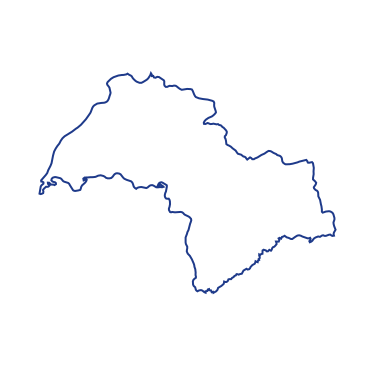 outline of São Romão, Minas Gerais, Brazil, rotated 221°
{"feature_id": "56859067B60763399870465", "entity_name": "São Romão", "entity_type": "district", "adm_level": 2, "iso_a3": "BRA", "parent_name": "Brazil", "parent_adm1": "Minas Gerais", "projection": "robinson", "projection_center": [-45.402, -16.354], "detail": "fine", "context": "isolated", "style": "outline", "palette": "blue", "viewbox_px": 384, "rotation_deg": 221, "n_neighbors": 0, "source": "geoboundaries", "source_scale": "gbopen_adm2", "svg_char_len": 6060}
<svg xmlns="http://www.w3.org/2000/svg" viewBox="0 0 384 384"><g transform="rotate(221 192 192)"><path d="M312.6,101.0L311.5,101.7L310.4,101.8L309.6,100.8L310.0,98.1L309.7,96.8L306.0,90.7L304.9,91.1L304.2,92.1L303.6,93.5L304.4,94.8L305.8,95.8L305.9,97.6L305.6,100.2L304.6,101.0L303.9,101.9L303.8,103.6L306.1,103.7L306.9,104.5L305.8,105.3L303.5,105.1L302.5,105.7L301.6,106.6L300.3,107.0L299.8,108.6L300.5,109.4L301.6,109.5L304.2,108.3L305.9,108.6L306.6,110.1L306.4,111.6L305.6,112.9L304.7,113.8L300.7,115.9L299.4,116.2L296.5,115.7L295.3,115.9L291.4,117.6L290.1,117.6L288.5,117.0L282.9,115.3L281.7,115.6L280.8,116.2L278.9,118.5L277.7,120.3L278.2,121.7L278.9,123.0L279.3,124.8L278.9,128.1L278.8,129.3L279.0,130.9L279.5,132.2L280.6,132.5L280.8,131.1L281.4,129.7L282.8,130.8L282.5,132.5L280.3,134.5L278.8,136.1L276.3,138.4L274.7,140.2L273.5,142.8L271.9,144.7L269.3,146.0L267.8,146.3L266.2,146.3L264.6,147.0L263.3,148.1L262.1,149.7L261.9,151.7L262.1,153.2L262.1,154.7L261.5,156.3L260.7,157.1L259.1,158.1L257.5,158.5L253.5,157.7L251.8,157.6L249.3,158.3L245.0,160.1L243.3,160.0L241.8,159.3L239.4,157.8L237.7,157.6L236.2,157.8L236.0,159.2L235.3,160.5L234.4,161.6L233.4,162.6L229.1,165.0L228.5,166.2L228.1,168.9L227.5,170.1L226.5,171.1L225.2,171.6L222.1,172.1L220.7,173.2L219.9,174.2L218.7,175.3L217.7,175.9L216.9,177.2L218.0,177.3L220.7,176.9L220.9,175.4L222.0,174.3L222.5,175.9L222.6,177.6L221.6,179.2L220.5,179.7L216.4,180.4L215.4,180.5L214.4,179.4L212.0,175.3L211.5,173.7L210.8,172.3L210.0,171.2L208.6,170.3L207.2,170.1L206.2,170.7L205.2,171.7L203.8,171.3L202.6,170.5L200.6,168.4L199.2,166.0L198.6,164.4L197.6,163.3L195.4,162.5L194.5,162.9L193.9,163.9L191.5,165.5L187.4,169.6L185.9,170.3L184.4,170.3L183.5,170.1L182.3,170.2L178.7,171.2L177.3,171.4L175.1,171.1L174.0,170.2L173.1,168.2L172.6,166.8L169.7,161.0L169.1,158.6L168.4,157.3L167.0,153.5L163.7,149.7L162.4,148.7L159.7,147.6L158.6,146.3L157.9,145.0L156.9,143.7L154.8,142.7L151.7,142.4L147.9,141.1L143.7,139.1L142.4,138.3L141.0,137.1L138.9,135.9L136.5,133.7L134.8,131.6L133.6,130.8L132.8,129.8L133.2,128.2L133.3,126.7L132.7,125.1L130.4,122.8L129.0,122.2L127.1,122.2L124.9,120.7L123.7,120.5L122.7,120.7L122.3,122.0L121.3,123.4L120.4,124.1L119.4,124.4L116.9,124.5L115.7,124.9L116.6,126.0L115.6,127.2L116.1,128.9L115.5,129.9L114.6,129.1L113.2,130.2L111.4,129.3L110.7,130.5L109.7,129.9L108.6,133.0L108.6,134.9L109.4,136.8L108.2,140.4L107.8,143.3L108.2,144.3L109.0,145.5L107.7,146.0L106.9,146.8L106.6,148.2L107.2,150.0L106.4,151.0L105.3,151.9L105.4,153.6L104.8,155.0L104.9,156.5L104.2,157.8L104.5,159.2L103.6,159.9L102.6,160.2L101.9,161.6L100.8,163.0L101.6,166.5L100.5,169.8L99.1,170.0L98.2,171.3L98.2,172.5L98.6,173.8L98.5,176.5L97.6,179.0L98.0,180.3L98.6,181.4L97.6,181.6L96.4,182.1L97.1,183.2L96.7,184.7L97.7,185.0L97.5,186.3L98.2,187.4L99.6,188.1L100.3,189.0L99.2,189.2L99.1,190.6L98.3,191.6L100.4,194.2L100.1,195.4L97.9,196.4L96.7,196.2L95.8,197.0L95.7,199.1L93.9,199.5L94.0,200.8L94.6,202.1L94.7,203.4L94.0,204.7L93.9,206.5L94.0,208.2L94.9,209.0L96.1,209.7L94.0,211.5L94.6,213.2L96.2,213.8L95.8,214.9L94.1,215.3L94.6,217.1L93.8,218.4L93.4,219.7L90.8,219.9L88.9,220.8L86.6,221.4L85.5,222.3L84.8,225.3L84.1,227.7L83.5,228.8L82.6,229.7L81.2,230.4L79.5,230.8L74.3,232.9L73.5,233.6L72.8,234.9L71.8,234.5L71.3,233.3L71.2,231.9L70.1,231.4L69.4,232.9L69.2,234.3L69.4,235.6L69.4,237.2L68.9,238.8L67.6,241.2L66.0,242.1L65.3,244.5L64.6,245.4L63.3,245.8L62.2,246.7L60.6,249.6L59.7,250.6L58.7,250.6L57.3,250.9L56.2,252.2L57.5,253.1L58.3,254.5L58.9,257.7L62.3,259.5L64.2,260.8L65.3,261.9L66.4,264.6L67.4,265.8L70.6,267.9L72.0,268.4L73.3,268.4L74.7,268.1L76.0,267.4L78.1,265.1L79.8,262.2L81.0,262.3L82.6,264.1L85.0,266.2L86.5,267.2L90.2,270.1L93.8,271.6L96.3,274.2L97.3,274.8L98.5,275.0L100.0,274.6L102.2,274.8L103.2,275.5L103.6,278.9L104.3,280.4L105.9,280.8L108.9,280.9L110.0,282.2L111.9,285.3L113.8,287.3L115.9,290.1L119.6,293.1L121.0,293.3L122.9,290.8L123.9,290.2L125.2,290.9L126.8,291.2L130.9,285.4L131.8,283.6L134.7,279.3L136.5,277.1L139.4,274.4L140.5,274.0L142.6,273.9L144.1,274.5L146.2,276.3L147.2,276.8L148.4,277.0L149.5,276.9L151.9,275.8L153.2,275.9L156.1,275.0L158.8,274.6L160.0,274.1L161.2,273.2L161.8,271.4L162.5,268.5L163.9,265.5L165.2,261.2L165.8,259.9L166.4,258.8L166.8,257.4L168.0,256.3L169.5,256.5L170.9,256.2L171.6,252.7L173.0,252.9L174.3,253.3L175.5,253.1L176.5,252.5L179.4,252.4L182.4,251.0L183.7,251.2L186.3,251.9L190.0,251.6L192.4,251.7L194.5,251.3L196.0,250.8L197.5,250.7L200.0,253.0L201.6,254.1L203.0,254.6L203.8,255.6L203.7,257.2L204.6,259.5L205.4,260.4L206.9,260.9L210.5,261.3L211.5,261.0L212.9,261.2L214.1,261.2L215.4,260.4L216.9,260.3L217.8,259.2L220.7,257.6L221.6,256.4L222.7,255.3L225.4,254.4L226.6,252.0L227.7,251.3L228.6,252.1L229.0,253.6L229.0,255.6L228.2,258.7L226.6,262.0L226.2,263.8L226.0,265.8L226.1,267.7L227.0,268.5L231.2,271.0L232.4,272.2L233.6,273.8L235.0,274.5L236.6,274.1L240.7,272.1L244.8,269.3L248.2,267.3L251.3,266.2L252.4,266.3L254.3,267.0L257.8,268.8L259.3,269.3L260.6,268.7L263.3,266.6L266.8,262.4L268.7,261.9L270.5,261.7L272.2,261.7L273.9,261.5L274.9,260.9L275.7,260.1L276.3,259.1L278.7,257.3L279.7,255.1L280.8,254.1L282.4,254.2L283.4,254.8L285.6,257.4L286.6,257.8L292.3,257.1L293.8,256.1L294.5,254.3L295.9,253.5L297.4,254.2L298.3,253.2L299.3,254.2L300.9,254.7L300.1,252.7L299.6,249.0L299.8,247.1L300.3,245.4L301.1,242.9L301.8,241.2L303.2,240.0L306.0,239.0L307.5,238.8L310.1,238.9L311.8,239.2L313.4,239.8L314.7,239.7L316.5,239.2L318.3,239.0L318.7,237.7L320.5,235.4L321.7,234.3L324.0,231.6L326.5,227.2L327.4,224.3L327.8,219.7L327.4,218.2L326.4,217.4L323.9,216.9L322.8,216.6L318.7,213.6L318.1,212.7L317.1,210.2L316.4,208.7L315.8,207.1L315.5,205.5L315.6,204.3L316.1,202.9L316.9,201.7L318.8,199.8L321.5,196.6L322.6,193.3L322.7,191.7L322.4,190.1L321.0,186.3L320.6,184.9L320.3,182.3L319.8,177.3L319.9,169.9L320.6,165.4L321.1,163.8L322.1,158.9L324.7,150.5L325.0,147.6L324.7,144.7L323.9,141.4L323.8,138.5L323.4,135.5L322.6,132.1L320.7,128.2L316.9,121.6L316.0,119.0L314.8,114.1L313.7,111.3L313.5,108.9L313.5,101.8L312.6,101.0Z" fill="none" stroke="#1e3a8a" stroke-width="2"/></g></svg>